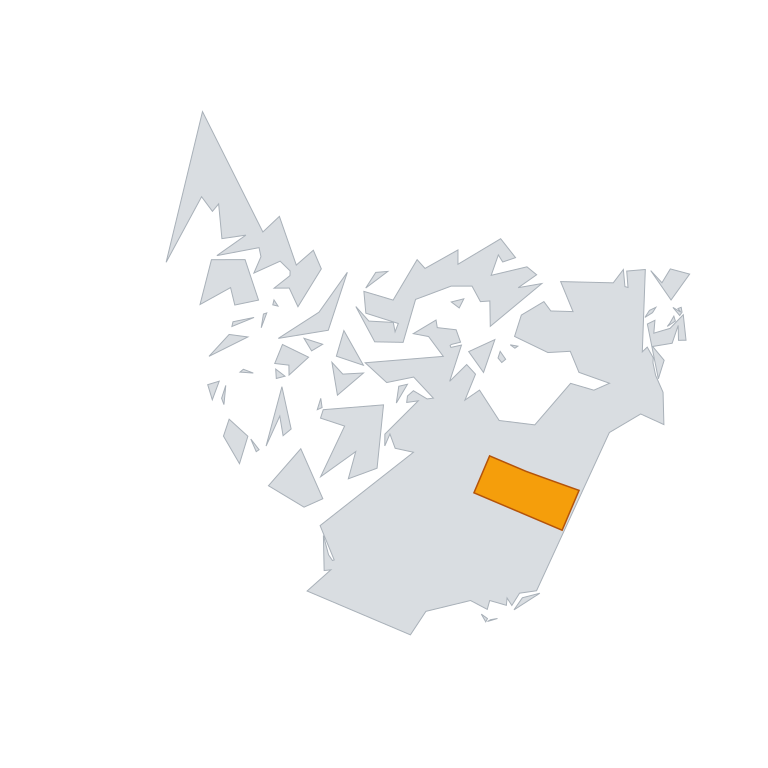 Saskatchewan on a map of Canada (Mercator projection), rotated 293°
{"feature_id": "CAN-631", "entity_name": "Saskatchewan", "entity_type": "Province", "adm_level": 1, "iso_a3": "CAN", "parent_name": "Canada", "parent_adm1": "", "projection": "mercator", "projection_center": [-105.491, 54.496], "detail": "fine", "context": "in_parent", "style": "filled", "palette": "amber", "viewbox_px": 768, "rotation_deg": 293, "n_neighbors": 0, "source": "natural_earth", "source_scale": "10m", "svg_char_len": 5477}
<svg xmlns="http://www.w3.org/2000/svg" viewBox="0 0 768 768"><g transform="rotate(293 384 384)"><path d="M218.5,548.2L191.1,511.4L163.4,506.3L163.4,394.1L192.2,407.7L188.9,401.8L220.9,387.4L205.1,399.7L201.4,405.5L202.6,406.9L228.7,380.5L332.7,437.8L329.2,419.4L340.3,409.0L327.3,408.9L338.2,404.4L381.9,422.1L375.9,412.1L382.1,410.3L389.3,413.7L387.1,429.5L390.3,435.0L402.0,408.6L386.4,385.9L396.2,358.4L432.6,427.8L445.1,406.5L441.8,391.3L463.2,406.9L456.7,411.0L462.1,429.2L452.4,438.1L446.7,430.5L445.2,429.8L443.8,431.3L450.1,440.1L412.1,443.4L434.2,452.5L428.8,464.4L400.8,464.8L415.7,474.3L395.4,504.3L405.3,538.8L457.5,555.5L460.3,579.6L472.8,591.3L470.9,558.9L486.9,542.7L477.0,522.6L478.8,485.6L501.1,483.5L522.3,499.0L516.4,509.0L524.5,529.7L547.3,506.6L566.7,555.5L582.9,559.6L567.8,567.7L568.2,570.9L582.8,563.3L591.5,579.8L514.5,609.2L520.8,611.9L513.3,621.6L508.6,623.3L498.0,630.7L485.4,644.1L456.0,657.5L456.7,632.0L427.4,610.4L253.3,605.2L244.4,590.5L230.1,588.2L235.1,580.9L228.1,583.1L226.0,565.9L216.9,567.1L218.5,548.2ZM436.4,373.8L445.3,373.5L442.1,339.6L461.4,329.3L464.8,359.6L511.4,365.9L506.4,376.6L536.3,399.7L523.1,405.3L563.3,434.6L551.7,455.7L542.7,445.6L547.5,438.8L525.9,440.2L547.7,469.8L544.2,481.8L525.1,469.9L538.1,490.0L478.6,459.3L501.8,449.0L497.5,440.6L508.5,426.8L500.3,407.5L474.2,380.0L429.8,385.3L419.2,359.0L444.3,327.8L436.0,345.5L444.3,368.5L436.4,373.8ZM410.9,135.9L563.8,110.5L476.6,213.1L497.4,222.2L459.2,256.8L479.5,266.7L465.5,281.3L421.5,274.6L435.3,259.3L429.3,245.4L447.0,255.1L451.4,253.4L456.5,240.4L435.3,220.9L453.1,221.0L460.7,215.7L436.9,180.0L467.1,198.7L454.5,178.0L485.2,161.4L475.9,158.6L485.1,142.9L410.9,135.9ZM273.9,361.9L329.9,364.2L327.8,338.9L336.6,338.1L364.6,391.7L303.8,410.5L282.8,388.2L310.8,384.4L273.9,361.9ZM534.1,633.3L523.5,616.6L515.3,632.6L496.0,634.5L542.1,603.0L548.5,608.5L536.2,612.5L547.0,625.6L564.7,632.4L542.3,644.9L539.3,638.0L552.9,631.9L534.1,633.3ZM245.2,317.4L291.9,332.7L254.5,372.5L239.4,358.5L245.2,317.4ZM385.3,183.6L431.0,176.6L444.2,207.5L412.2,235.7L398.4,215.8L412.8,205.1L385.3,183.6ZM384.7,268.9L424.7,296.1L472.5,306.6L411.7,311.7L384.7,268.9ZM280.8,299.7L341.6,291.1L306.3,316.1L297.0,311.3L313.8,300.6L280.8,299.7ZM592.6,585.2L585.8,600.3L601.8,602.6L604.6,622.4L573.5,615.4L592.6,585.2ZM355.5,345.5L383.6,327.6L377.0,342.2L386.1,360.8L355.5,345.5ZM433.5,471.1L446.9,449.3L468.2,468.7L433.5,471.1ZM391.0,329.3L417.5,326.2L393.2,357.7L391.0,329.3ZM291.1,255.2L282.7,279.1L254.2,282.1L273.3,256.6L291.1,255.2ZM380.7,275.1L379.2,304.1L355.1,293.1L364.2,289.1L360.2,275.4L380.7,275.1ZM341.1,212.1L369.1,222.1L374.1,240.3L341.1,212.1ZM226.9,591.9L241.3,594.9L252.3,609.2L226.9,591.9ZM465.2,329.7L483.5,332.8L489.1,343.5L465.2,329.7ZM371.3,402.8L387.7,398.5L392.9,405.7L371.3,402.8ZM394.8,292.5L396.6,312.0L386.2,304.4L394.8,292.5ZM382.3,220.7L394.5,238.4L377.5,221.5L382.3,220.7ZM485.8,413.9L493.6,424.2L483.4,423.5L485.8,413.9ZM307.4,240.1L320.9,238.9L302.5,244.7L307.4,240.1ZM346.1,331.4L338.1,336.2L334.3,332.6L346.1,331.4ZM567.4,620.0L566.1,629.1L568.3,625.1L570.7,627.6L566.5,630.3L562.6,629.4L567.4,620.0ZM314.5,222.0L322.2,231.2L302.4,232.1L314.5,222.0ZM560.8,604.3L554.6,603.3L547.3,598.2L555.5,599.6L560.8,604.3ZM459.4,478.2L454.3,486.3L449.8,484.0L452.5,478.8L459.4,478.2ZM204.8,570.6L210.2,563.5L208.5,570.9L204.8,570.6ZM387.8,249.0L401.3,245.7L403.6,248.3L387.8,249.0ZM355.4,278.5L352.5,289.8L347.0,282.7L355.4,278.5ZM547.7,622.3L551.4,623.3L559.7,624.3L555.8,627.6L547.7,622.3ZM469.4,484.9L471.1,492.4L468.1,490.5L469.4,484.9ZM281.3,282.9L274.7,294.7L271.8,292.8L281.3,282.9ZM418.4,249.9L414.3,256.0L413.4,250.7L418.4,249.9ZM342.6,248.8L343.0,259.4L338.7,246.8L342.6,248.8ZM205.8,572.0L208.7,574.2L212.5,580.1L205.8,572.0Z" fill="#d9dde1" stroke="#a8b0b8" stroke-width="1"/><path d="M348.8,605.1L348.1,605.1L347.0,605.1L345.9,605.1L344.8,605.1L343.8,605.1L342.6,605.1L341.5,605.1L340.4,605.1L339.3,605.1L338.2,605.1L337.1,605.1L336.0,605.1L334.9,605.1L333.8,605.1L332.7,605.1L331.6,605.1L330.5,605.1L329.4,605.1L328.3,605.1L327.2,605.1L326.0,605.1L324.9,605.1L323.8,605.1L322.7,605.1L321.6,605.1L320.5,605.1L319.4,605.1L319.0,605.1L319.0,602.4L319.0,599.8L319.0,597.1L319.0,594.4L319.0,591.7L319.0,589.0L319.0,586.2L319.0,583.4L319.0,580.6L319.0,577.8L319.0,575.0L319.0,572.1L319.0,569.2L319.0,566.3L319.0,563.4L319.0,560.4L319.0,557.4L319.0,554.4L319.0,551.4L319.0,548.3L319.0,545.2L319.0,542.1L319.0,539.0L319.0,535.8L319.0,532.6L319.0,529.4L319.0,526.1L319.0,522.8L319.0,519.5L319.0,516.1L319.0,512.7L319.0,509.3L321.5,509.3L324.0,509.3L326.5,509.3L329.0,509.3L331.5,509.3L334.0,509.3L336.5,509.3L339.0,509.3L341.5,509.3L344.0,509.3L346.5,509.3L349.1,509.3L351.6,509.3L354.1,509.3L356.6,509.3L359.1,509.3L359.1,510.4L359.1,511.6L359.1,512.7L359.1,513.8L359.1,519.4L359.1,524.9L359.1,530.3L359.1,535.6L359.1,538.9L359.1,542.3L359.1,545.6L359.1,548.9L359.2,550.8L359.3,552.7L359.4,554.6L359.5,556.4L359.6,558.3L359.7,560.2L359.8,562.0L359.9,563.8L360.0,565.7L360.1,567.5L360.2,569.3L360.3,571.1L360.4,572.9L360.5,574.7L360.6,576.4L360.7,578.2L360.8,580.0L360.9,581.7L361.0,583.5L361.1,585.2L361.2,586.9L361.3,588.6L361.4,590.3L361.5,592.0L361.6,593.7L361.7,595.4L361.8,597.1L361.9,598.8L362.0,600.4L362.1,602.1L362.2,603.7L362.3,605.1L361.3,605.1L360.2,605.1L359.1,605.1L358.0,605.1L356.9,605.1L355.8,605.1L354.7,605.1L353.6,605.1L352.5,605.1L351.4,605.1L350.3,605.1L349.2,605.1L348.8,605.1Z" fill="#f59e0b" stroke="#b45309" stroke-width="1.5"/></g></svg>